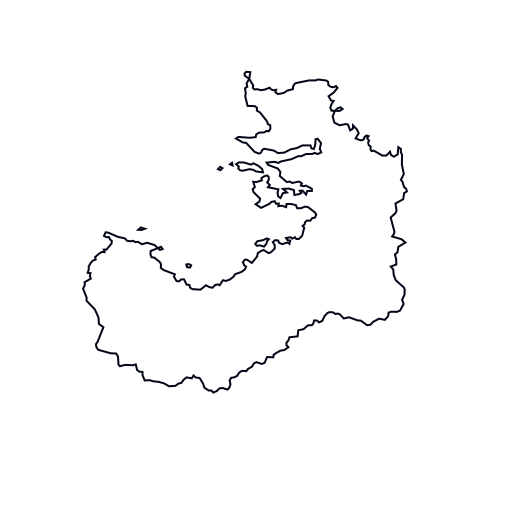 the district of Paraty, Rio de Janeiro, Brazil, rotated 226°
{"feature_id": "56859067B52906946638112", "entity_name": "Paraty", "entity_type": "district", "adm_level": 2, "iso_a3": "BRA", "parent_name": "Brazil", "parent_adm1": "Rio de Janeiro", "projection": "mercator", "projection_center": [-44.67, -23.142], "detail": "fine", "context": "isolated", "style": "outline", "palette": "ink", "viewbox_px": 512, "rotation_deg": 226, "n_neighbors": 0, "source": "geoboundaries", "source_scale": "gbopen_adm2", "svg_char_len": 6152}
<svg xmlns="http://www.w3.org/2000/svg" viewBox="0 0 512 512"><g transform="rotate(226 256 256)"><path d="M298.0,77.4L287.0,83.9L282.9,87.7L279.5,86.9L273.5,81.7L271.3,81.5L268.5,86.3L262.7,91.8L261.6,94.2L256.6,91.3L253.7,91.8L251.5,93.8L248.9,91.5L243.8,89.5L240.4,93.4L237.7,94.7L233.0,98.6L228.0,101.5L222.8,102.9L218.6,107.8L218.1,111.5L216.5,114.5L217.3,117.7L216.9,121.7L212.6,124.9L213.5,128.1L210.5,128.2L207.4,130.7L201.1,129.3L197.0,127.4L192.0,128.6L190.2,130.5L187.4,130.4L186.1,134.0L186.2,137.5L184.4,140.2L179.7,142.7L179.9,145.6L181.4,148.5L184.7,150.5L185.7,153.4L183.7,156.3L182.9,159.2L183.8,163.2L183.1,166.2L179.9,169.1L180.3,171.7L179.2,176.3L180.2,180.0L179.3,182.6L174.3,185.2L173.2,188.0L175.6,193.8L171.1,198.1L172.7,200.1L172.2,203.0L171.1,207.5L168.6,211.3L167.9,216.0L170.8,216.0L172.4,217.6L172.8,220.8L174.3,223.6L169.3,230.1L173.2,234.8L170.3,239.4L170.1,245.1L167.4,248.2L167.7,250.5L169.3,253.0L167.2,255.0L164.4,255.3L163.3,258.7L165.1,263.3L165.4,267.6L164.7,269.7L162.2,272.1L159.1,272.9L157.7,274.9L155.5,275.8L150.1,275.7L147.4,280.3L139.2,284.3L136.7,286.5L129.0,287.9L127.1,290.5L127.3,294.5L125.4,301.0L120.5,304.4L120.9,309.2L123.2,312.1L121.9,314.7L117.8,318.7L116.7,321.7L118.9,328.8L123.1,330.8L125.0,335.9L128.6,339.7L130.7,340.5L141.4,339.7L146.4,341.7L150.9,345.3L154.8,345.7L152.4,351.0L156.2,354.5L160.6,357.0L160.4,360.4L163.7,364.7L161.9,372.9L167.0,372.3L175.5,367.5L176.0,370.4L177.2,372.4L190.1,379.6L190.0,386.3L191.0,388.6L196.9,392.8L194.6,401.3L198.3,406.2L197.7,409.5L200.1,410.7L202.7,410.4L207.8,413.0L210.1,413.1L212.3,419.3L220.5,424.5L227.3,431.3L230.2,432.4L232.4,434.6L235.4,434.0L230.6,428.4L231.7,424.1L235.0,423.3L237.9,424.9L237.7,419.6L240.4,416.7L250.0,413.9L251.2,412.0L253.3,412.5L254.9,414.4L257.5,414.2L259.7,415.4L260.5,417.5L263.6,417.7L264.0,420.2L265.9,419.2L266.2,416.7L265.0,414.1L266.4,411.7L271.4,409.3L273.0,415.2L276.9,416.5L282.6,416.5L280.3,414.2L280.9,411.0L286.7,413.5L288.6,412.2L291.9,407.0L297.5,405.0L303.2,408.2L305.6,413.5L308.2,411.3L311.0,412.4L312.8,415.8L313.6,419.5L315.8,418.0L320.5,419.2L319.6,425.4L320.3,431.4L322.7,431.6L323.3,429.3L325.4,427.5L328.5,426.7L331.3,428.9L333.5,428.4L339.8,423.3L341.0,420.8L345.4,416.2L351.8,406.2L353.0,403.9L352.4,400.8L350.4,398.4L353.3,393.3L354.0,389.2L357.3,384.2L360.3,383.7L361.6,385.9L363.0,383.9L365.2,382.6L367.6,382.7L369.7,377.8L371.8,374.8L375.2,372.7L377.0,370.5L379.3,370.6L380.6,372.5L388.1,374.1L386.7,369.1L383.8,367.3L384.3,364.6L380.2,361.7L378.4,359.2L369.8,354.2L364.6,359.3L361.9,359.6L360.0,357.6L356.4,358.6L345.4,357.5L342.6,356.2L340.2,357.1L337.6,354.8L336.8,351.8L338.7,350.4L339.1,347.9L342.7,343.7L343.3,340.4L341.7,338.4L345.4,333.6L353.9,326.0L354.4,323.2L346.6,325.5L344.3,327.5L331.9,327.3L327.5,329.3L326.9,331.5L327.9,333.9L327.5,336.4L319.4,342.1L314.8,343.3L310.7,348.2L308.7,354.9L305.4,360.1L303.2,366.3L297.7,372.0L294.9,370.7L292.8,371.9L294.5,375.4L298.6,380.0L297.5,381.8L292.0,381.2L288.8,376.3L285.2,374.9L286.5,371.2L289.4,369.8L290.2,367.6L294.7,362.6L296.4,357.8L298.3,356.1L301.1,348.6L306.6,339.8L307.5,336.7L310.9,334.7L315.8,328.5L313.1,328.0L303.7,332.5L299.5,331.9L297.0,328.7L287.9,329.5L286.0,332.0L283.4,332.8L279.7,338.6L276.4,339.5L275.6,337.2L273.2,338.6L272.0,340.7L269.1,341.8L265.6,342.9L264.0,341.4L267.2,338.1L265.4,334.7L270.8,334.9L272.5,332.8L269.8,332.4L270.5,330.0L273.3,326.0L277.1,329.1L281.8,326.3L285.5,322.0L280.2,322.4L282.5,319.0L280.7,313.9L283.5,313.4L286.5,315.4L288.4,318.4L297.1,312.4L297.4,315.2L301.2,315.2L301.9,318.1L304.1,320.1L306.3,319.9L307.7,317.2L308.2,314.0L306.4,312.7L309.0,307.5L311.3,305.6L306.3,303.0L306.4,300.0L303.5,298.6L294.4,298.8L292.8,296.3L293.5,291.7L287.1,293.1L284.2,301.9L284.2,304.7L282.4,307.5L279.7,306.7L277.9,308.8L276.4,306.7L274.0,309.7L270.2,311.6L272.2,314.0L269.5,317.0L265.0,320.0L261.7,318.8L259.1,321.6L257.5,325.5L255.1,327.4L246.3,328.7L243.8,328.0L242.6,324.9L244.2,322.9L243.7,319.5L246.2,317.2L246.1,314.7L244.9,312.7L245.3,310.5L242.8,310.3L238.5,303.2L238.5,298.6L240.3,296.8L242.4,297.1L243.3,294.2L245.5,293.9L248.1,290.1L245.6,289.7L243.3,291.3L241.5,288.5L243.9,288.0L246.3,283.1L249.5,281.8L251.8,282.7L254.1,280.8L254.3,277.8L250.8,277.0L248.4,274.7L248.3,269.3L249.3,267.1L255.0,265.7L256.2,262.9L256.8,259.2L254.9,256.5L253.9,248.2L259.4,247.0L261.1,245.5L260.6,242.2L257.4,241.1L255.2,241.4L254.1,238.7L254.6,234.6L257.4,228.4L256.7,225.2L257.3,220.7L259.0,217.0L261.6,215.3L260.2,209.6L262.1,208.7L263.5,206.4L263.4,202.7L266.0,200.8L269.7,199.7L270.4,192.6L276.5,187.1L279.2,186.6L281.4,188.0L283.6,186.2L289.2,188.0L291.2,185.9L291.1,183.3L293.1,181.4L298.2,182.7L299.2,184.9L310.0,179.8L313.6,179.3L316.2,182.1L318.8,182.6L325.5,181.7L327.7,180.0L330.5,181.2L332.8,183.8L329.8,190.9L334.2,190.7L341.0,187.0L343.7,182.1L348.1,181.0L349.8,178.9L352.4,178.1L353.7,176.0L356.5,173.8L359.8,173.9L365.8,169.9L375.3,166.0L377.5,164.3L376.1,160.6L373.5,161.4L371.8,163.4L369.5,162.5L367.1,162.8L365.3,160.8L364.5,152.9L366.3,151.0L364.0,149.8L366.0,147.9L366.6,145.2L367.0,139.5L364.8,138.3L365.9,135.8L365.9,132.4L364.7,128.5L362.3,126.1L360.8,123.2L358.7,125.0L357.2,122.8L354.5,121.4L356.2,114.5L354.0,112.6L352.6,108.9L343.6,105.2L341.6,103.0L329.6,103.0L321.2,100.0L316.2,95.8L310.8,96.8L304.3,82.4L303.8,79.6L301.1,77.8L298.0,77.4ZM331.2,304.0L328.7,304.1L326.7,305.5L323.0,311.6L319.9,313.9L316.9,314.7L311.3,319.1L314.4,320.9L319.4,320.3L324.5,318.5L325.2,315.9L331.7,312.2L335.3,308.7L335.8,305.5L332.3,305.8L331.2,304.0ZM261.3,275.8L262.4,272.3L265.7,267.1L265.2,263.8L262.8,263.7L260.9,266.2L257.2,268.3L257.5,271.7L259.0,274.4L259.2,276.9L261.3,275.8ZM388.1,374.1L392.2,379.6L395.3,376.9L395.3,374.7L393.7,373.2L388.1,374.1ZM305.6,413.5L302.2,417.1L301.6,420.4L304.3,420.1L305.6,417.0L305.6,413.5ZM296.8,202.1L298.3,200.0L295.9,198.6L293.5,200.6L294.4,202.9L296.8,202.1ZM356.5,193.0L356.7,189.5L354.3,191.6L352.8,195.0L356.5,193.0ZM329.8,190.9L327.1,191.1L325.9,193.7L328.7,194.0L329.8,190.9ZM345.0,292.2L344.9,289.0L342.4,290.0L342.5,292.9L345.0,292.2ZM340.0,301.0L337.4,302.1L339.7,303.5L340.0,301.0Z" fill="none" stroke="#020617" stroke-width="2"/></g></svg>